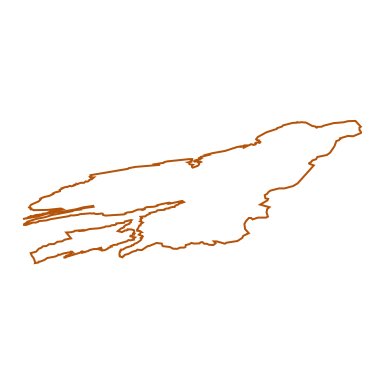 outline of Leirfjord nor, Nordland, Norway
{"feature_id": "86288312B95964377762384", "entity_name": "Leirfjord nor", "entity_type": "district", "adm_level": 2, "iso_a3": "NOR", "parent_name": "Norway", "parent_adm1": "Nordland", "projection": "natural_earth1", "projection_center": [13.007, 66.095], "detail": "fine", "context": "isolated", "style": "outline", "palette": "amber", "viewbox_px": 384, "rotation_deg": 0, "n_neighbors": 0, "source": "geoboundaries", "source_scale": "gbopen_adm2", "svg_char_len": 5959}
<svg xmlns="http://www.w3.org/2000/svg" viewBox="0 0 384 384"><path d="M297.6,183.4L313.8,165.4L309.6,163.9L309.1,163.6L309.3,163.0L310.9,162.2L312.3,160.5L316.1,159.2L317.3,157.0L326.8,155.0L330.1,152.7L334.4,146.3L336.4,141.0L338.7,140.3L340.4,138.9L340.1,138.3L347.7,136.0L353.2,136.2L360.5,133.2L361.0,132.8L360.9,131.9L359.5,130.1L359.4,127.7L360.8,126.7L355.4,120.9L347.8,121.2L343.5,122.3L333.7,123.1L323.6,125.7L321.6,126.7L317.1,126.9L317.0,127.5L316.4,127.6L315.2,126.5L312.1,125.9L306.1,122.6L301.5,122.2L298.0,122.6L297.2,122.1L296.6,122.7L292.6,122.9L283.0,125.4L281.9,126.6L277.2,128.1L276.8,128.9L266.4,132.3L257.8,137.0L256.1,139.2L256.6,139.9L259.2,140.5L259.0,141.3L260.3,142.1L259.6,142.9L257.5,142.4L256.0,142.7L255.3,143.2L255.9,143.9L255.4,144.5L253.5,144.9L251.2,144.2L243.8,147.6L243.9,146.6L245.6,145.4L244.3,145.4L241.7,146.8L240.4,146.8L240.5,146.4L237.1,147.0L225.2,150.9L212.8,153.1L206.5,154.7L208.0,155.1L200.0,157.1L202.0,156.9L198.2,158.5L200.8,158.7L200.3,159.0L194.8,160.5L194.5,160.9L195.2,161.0L193.8,161.7L197.9,161.2L198.9,161.5L198.7,161.8L201.0,161.5L200.6,161.6L201.0,161.9L198.6,162.9L199.1,163.3L199.1,164.4L198.0,165.7L193.2,167.5L192.6,167.6L192.0,166.9L192.0,165.7L192.9,164.8L190.0,164.4L189.4,164.1L189.5,163.0L188.0,162.4L191.0,161.8L190.7,161.2L192.1,160.5L192.2,159.1L188.3,159.2L167.2,161.4L164.2,162.1L163.7,162.8L152.4,164.6L160.0,164.7L159.4,164.9L135.5,166.9L128.5,168.2L128.1,168.8L89.6,175.3L91.3,175.5L91.3,176.0L89.8,176.8L90.4,177.5L93.9,177.4L91.8,179.2L89.3,180.0L88.7,181.0L87.4,181.6L85.7,181.4L84.0,182.8L80.7,182.8L77.3,184.1L76.6,183.8L76.6,184.3L75.1,184.6L75.4,184.8L75.0,185.2L71.5,186.3L69.8,185.9L67.2,187.0L66.3,186.8L63.0,187.9L63.3,188.0L59.7,189.9L60.0,191.0L59.0,191.5L54.8,192.5L53.5,193.2L53.9,193.4L53.5,193.9L49.1,195.9L44.1,197.0L40.6,198.5L40.1,198.9L40.6,199.5L38.8,201.3L31.1,204.7L29.1,207.4L31.1,208.3L30.6,209.0L30.2,208.5L30.5,209.1L33.9,210.0L32.9,210.2L47.5,209.9L60.9,208.5L62.6,209.2L51.4,211.0L49.9,211.7L50.9,211.8L49.0,212.6L49.0,213.0L47.5,213.3L42.7,213.7L41.5,214.6L39.7,214.5L38.0,215.2L37.7,214.8L35.9,215.0L32.7,216.2L29.8,216.0L30.9,216.4L28.6,217.1L28.9,217.6L23.0,219.0L38.3,216.3L47.5,213.6L50.2,213.5L56.2,212.0L65.0,211.2L75.9,209.3L83.4,207.3L94.0,205.8L93.5,206.0L93.6,206.8L85.2,207.9L80.4,209.0L80.7,209.5L74.1,210.3L72.4,211.2L52.2,215.0L45.1,217.2L35.8,219.0L26.5,222.0L27.6,222.1L23.6,224.4L27.1,224.0L23.2,225.0L26.4,224.9L30.3,223.5L29.7,223.3L33.2,222.5L35.7,222.6L38.4,221.7L38.9,221.1L46.5,220.4L50.5,219.2L69.2,216.1L70.1,215.4L74.0,215.4L78.5,214.8L79.8,214.2L90.4,213.3L92.2,213.6L94.0,213.2L94.8,213.8L97.1,214.1L101.7,213.5L102.7,213.7L103.1,215.0L105.6,215.6L124.2,214.4L125.7,213.6L125.4,213.2L127.1,212.5L132.0,212.0L137.7,209.6L142.3,209.3L142.3,209.9L143.6,209.6L144.7,209.1L144.4,208.4L145.5,207.6L147.2,207.1L154.1,206.7L157.4,205.8L157.3,205.2L162.1,204.0L168.9,202.7L170.5,203.0L169.8,203.6L171.0,203.4L182.2,200.9L183.9,202.1L178.7,203.8L178.2,204.5L175.2,205.7L174.6,207.0L172.8,206.9L169.2,207.9L169.0,208.4L166.0,208.6L164.5,209.3L164.5,209.8L157.4,210.3L156.2,211.6L149.6,213.0L149.8,213.8L146.5,215.2L145.5,216.3L140.7,216.8L141.8,218.1L141.0,218.3L141.1,219.6L140.6,219.6L141.1,220.9L140.2,221.4L142.8,222.6L140.6,224.2L140.5,225.4L139.4,225.5L137.6,229.4L137.1,229.5L137.1,230.4L137.2,230.8L139.7,230.9L141.4,232.1L140.6,232.2L140.5,233.0L138.9,234.7L142.5,236.0L142.8,236.5L141.7,237.3L142.2,237.3L142.0,238.1L141.1,238.5L141.2,239.6L139.7,241.0L136.6,243.1L134.6,243.7L133.3,245.1L132.0,245.1L131.5,246.0L126.0,247.6L122.8,249.6L121.1,249.6L121.0,250.3L120.3,250.5L120.3,251.7L119.7,251.9L119.4,255.0L119.9,255.5L119.8,256.4L122.5,257.3L122.8,256.5L123.8,256.1L124.6,254.9L128.4,253.9L132.2,251.8L136.2,250.7L137.3,249.7L141.8,250.1L147.7,246.1L148.9,246.1L156.5,243.0L161.8,243.6L162.5,245.8L163.0,246.2L169.8,247.0L173.2,248.7L177.5,248.8L180.0,247.6L184.1,247.6L185.4,247.0L185.8,245.0L189.3,244.2L191.4,242.9L194.1,243.6L199.5,243.4L200.5,242.4L202.4,242.1L204.2,243.7L206.9,243.8L209.1,244.8L213.5,245.0L215.6,243.2L213.9,241.4L216.8,241.4L224.9,243.7L226.5,242.7L237.5,241.0L242.4,237.8L242.8,236.4L243.5,235.7L248.8,233.2L245.1,229.1L244.4,224.0L246.0,221.1L248.9,218.0L251.1,218.0L252.6,219.4L258.0,217.6L266.0,217.6L267.9,216.6L266.5,212.3L267.3,208.9L269.4,207.2L260.2,204.6L267.4,200.4L268.1,198.9L265.4,198.3L264.7,195.2L267.0,193.9L268.6,191.9L270.5,190.6L279.0,188.4L284.4,188.4L293.0,186.1L297.6,183.4ZM34.9,263.1L38.4,262.5L38.6,261.7L40.1,261.6L44.3,260.0L47.2,258.0L55.0,256.6L57.8,255.4L58.2,254.6L59.5,254.9L63.7,253.4L70.3,252.2L71.0,251.6L72.0,251.7L73.0,252.6L71.6,252.9L69.4,254.9L66.2,255.7L65.0,257.0L63.5,257.5L65.5,257.6L66.0,257.0L80.1,252.7L81.4,251.6L82.7,251.4L83.0,251.7L82.5,251.6L82.3,252.7L82.8,252.6L88.7,250.8L89.5,250.1L94.0,249.0L96.3,249.1L101.1,247.7L101.5,248.7L99.1,249.4L101.7,250.1L101.8,250.5L105.0,250.1L108.0,248.5L108.5,247.7L110.2,247.4L110.7,246.5L111.2,246.5L110.9,246.1L113.9,244.9L117.2,244.7L117.7,244.0L126.9,241.3L128.4,240.1L130.7,240.3L133.7,239.7L133.4,239.2L133.9,239.2L133.9,238.4L135.1,237.4L130.4,236.3L130.6,235.7L132.4,235.7L131.9,235.6L133.4,234.4L134.1,234.5L134.1,233.8L132.3,234.0L133.8,233.3L133.8,232.9L134.3,232.9L134.0,232.5L134.5,232.3L134.0,232.3L134.3,231.6L134.0,230.3L131.5,229.5L127.9,229.3L128.0,229.7L126.7,230.4L125.5,230.3L122.0,232.1L117.9,231.1L121.0,228.5L123.9,227.4L123.9,226.6L125.6,225.2L129.4,223.8L129.5,223.1L130.9,222.2L130.6,221.1L131.5,220.2L130.7,220.1L124.9,221.5L124.0,222.8L116.3,223.4L116.1,223.8L116.5,224.0L115.4,224.9L111.4,225.3L110.1,226.2L105.3,226.5L104.6,227.1L98.8,228.3L89.7,229.0L83.9,230.7L80.9,230.9L81.8,230.2L74.7,230.8L74.3,231.4L71.0,232.2L66.2,232.5L71.0,238.4L64.7,239.7L62.1,241.3L57.4,241.8L54.2,244.0L49.1,244.2L46.5,246.0L42.9,246.3L41.1,247.9L38.8,248.7L36.1,251.7L30.7,253.1L31.8,255.8L33.3,257.6L34.4,259.9L35.1,262.3L34.9,263.1Z" fill="none" stroke="#b45309" stroke-width="2"/></svg>